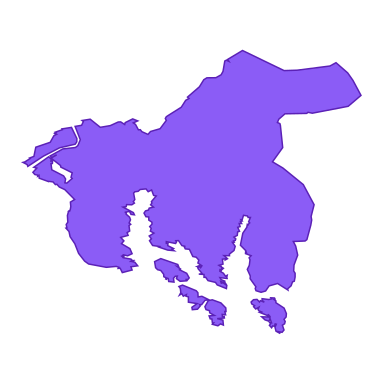 outline of Porsgrunn nor, Telemark, Norway
{"feature_id": "86288312B50854696471252", "entity_name": "Porsgrunn nor", "entity_type": "district", "adm_level": 2, "iso_a3": "NOR", "parent_name": "Norway", "parent_adm1": "Telemark", "projection": "equal_earth", "projection_center": [9.72, 59.108], "detail": "fine", "context": "isolated", "style": "filled", "palette": "violet", "viewbox_px": 384, "rotation_deg": 0, "n_neighbors": 0, "source": "geoboundaries", "source_scale": "gbopen_adm2", "svg_char_len": 6030}
<svg xmlns="http://www.w3.org/2000/svg" viewBox="0 0 384 384"><path d="M277.6,283.5L287.9,290.0L287.6,288.9L291.1,285.8L292.5,281.9L294.3,281.2L295.1,277.0L295.1,273.2L293.7,271.0L294.0,265.1L297.7,255.1L295.7,246.1L293.3,241.5L305.1,241.0L306.9,239.6L310.8,225.1L311.7,220.0L311.1,216.5L314.1,204.7L303.3,184.6L282.9,168.0L272.5,161.8L282.7,147.6L280.4,125.4L279.9,123.6L277.4,122.5L278.8,119.2L285.0,113.8L306.7,113.4L308.0,112.3L312.3,113.2L348.2,106.3L361.0,95.4L352.9,80.3L347.7,72.9L336.0,62.7L329.9,66.0L297.1,70.2L284.1,70.6L242.5,50.5L227.6,59.4L228.9,61.4L226.3,60.2L224.8,61.0L223.0,71.4L221.1,74.8L215.9,77.7L206.9,77.8L203.8,79.7L199.4,86.8L187.5,97.1L189.0,98.5L185.7,100.3L181.3,107.2L166.4,116.6L165.3,118.5L166.3,120.4L160.1,128.7L150.5,131.5L148.0,134.4L141.9,131.7L140.3,129.7L138.4,129.8L135.5,124.4L133.3,122.9L137.7,120.9L132.7,118.9L125.2,122.6L124.7,124.5L120.7,121.9L118.2,122.0L110.3,125.6L100.3,127.3L90.2,119.2L82.1,120.5L83.4,121.5L81.6,125.3L75.1,126.4L80.3,139.7L77.8,145.7L75.4,147.5L62.9,148.9L50.2,155.9L51.8,157.5L55.7,155.2L56.7,154.9L51.0,158.1L60.5,165.5L60.8,167.1L72.2,172.8L71.0,177.3L72.2,178.5L66.8,183.1L64.9,182.8L65.6,179.0L63.6,175.9L51.8,169.8L51.0,163.6L52.4,163.5L52.6,160.8L51.0,161.1L51.2,159.0L48.6,156.8L33.8,167.3L36.8,168.1L32.9,172.3L34.8,174.5L37.9,175.2L37.7,176.2L39.0,175.4L39.2,178.2L49.1,181.8L48.3,181.3L53.0,181.9L55.4,184.6L56.9,184.3L59.3,187.0L64.8,189.6L74.6,199.5L70.4,202.1L70.8,206.6L70.2,210.0L69.0,210.9L70.3,211.1L68.6,211.2L67.4,215.5L67.8,222.2L66.2,224.5L66.9,227.8L65.9,228.1L69.0,231.5L70.1,236.7L74.8,243.7L78.6,253.4L84.6,261.1L88.6,264.0L106.3,267.3L116.3,266.4L118.9,267.3L118.2,268.4L120.2,268.3L122.3,272.6L132.1,270.0L130.9,266.8L137.7,265.8L134.8,262.2L132.2,261.6L132.9,261.1L131.8,261.2L132.5,260.7L131.5,260.8L132.2,260.3L131.0,259.1L123.1,257.7L122.1,256.4L124.6,256.6L122.0,256.1L123.3,254.8L127.6,255.8L132.1,253.7L129.9,248.6L121.5,243.7L123.9,240.9L120.7,237.4L128.1,235.4L127.1,232.6L129.7,231.0L129.0,225.6L130.7,224.3L129.1,223.0L130.5,219.8L129.6,217.2L126.1,214.1L126.3,212.5L124.7,212.3L129.5,211.4L131.0,214.4L134.4,214.8L133.4,212.6L123.0,207.1L126.2,206.6L126.6,204.6L131.8,204.8L134.4,203.1L133.3,201.6L134.8,199.6L133.6,193.1L134.8,191.8L138.2,191.3L140.1,189.5L146.0,188.9L148.2,191.7L151.6,190.0L153.6,195.4L156.2,196.0L151.4,201.6L151.9,203.1L150.6,204.8L153.5,207.1L149.2,208.1L148.5,210.0L145.5,210.9L144.0,213.1L145.9,216.7L148.7,217.0L148.8,220.1L151.9,222.2L152.0,224.1L149.7,226.6L151.2,228.4L150.3,231.1L153.9,233.1L149.2,236.0L151.4,238.8L149.5,240.7L152.6,245.5L159.6,246.5L158.8,247.1L167.7,250.1L174.1,250.7L172.0,249.2L173.5,248.5L167.7,245.6L168.0,243.4L166.3,243.4L166.3,241.6L175.6,243.5L176.5,242.0L175.8,240.7L178.5,240.6L181.9,245.6L185.4,246.4L184.2,246.7L185.3,248.9L189.4,249.3L192.8,256.5L196.2,257.2L198.8,260.1L197.9,263.0L201.9,265.8L200.7,267.6L199.6,265.5L197.2,266.5L199.3,267.0L197.8,267.6L198.1,268.7L202.3,273.7L198.8,274.1L204.0,274.5L204.0,277.3L205.7,277.3L208.0,280.6L215.5,282.4L217.2,284.9L226.4,288.6L226.8,285.4L223.0,282.8L221.3,283.2L220.7,281.4L225.4,283.2L224.2,281.4L225.4,281.4L221.1,279.6L219.9,277.6L227.8,278.6L226.6,278.2L227.2,275.3L225.5,276.2L223.4,273.2L219.8,271.2L220.0,269.7L221.3,270.3L221.7,267.7L222.3,269.3L223.4,268.3L218.9,265.3L223.0,264.1L222.4,259.2L225.5,258.8L225.3,259.9L227.5,258.7L224.0,255.6L229.5,255.7L229.4,254.1L234.0,250.5L235.2,246.3L232.4,242.3L234.2,242.2L233.5,240.9L235.3,240.4L235.8,238.9L233.9,237.1L237.3,235.4L237.6,231.9L239.5,231.3L237.7,227.3L240.1,226.6L239.2,223.5L241.6,223.5L240.4,221.4L242.2,221.0L241.0,219.6L242.2,219.6L243.5,215.3L247.5,216.0L248.1,217.5L250.4,217.5L248.6,221.8L249.7,222.9L248.0,224.5L248.4,225.5L247.3,224.5L246.8,227.3L242.8,233.2L240.4,245.2L245.8,250.7L246.4,252.6L245.6,252.1L245.5,253.6L251.1,255.7L249.1,257.8L250.0,259.8L249.3,265.3L247.3,269.4L250.3,276.0L250.1,278.7L255.9,286.8L255.2,288.5L256.0,290.7L261.1,292.3L265.6,291.0L269.1,285.9L277.6,283.5ZM27.8,166.4L43.5,156.1L59.6,147.8L75.2,144.2L76.8,141.8L76.9,138.6L71.5,127.4L61.9,128.9L62.3,129.7L55.2,132.2L56.0,132.7L54.7,133.5L56.6,134.3L53.9,135.7L50.2,142.3L35.8,147.2L33.9,156.4L29.6,158.0L30.2,158.5L25.6,161.4L26.4,161.5L23.0,162.4L27.2,164.6L27.8,166.4ZM274.5,298.0L270.9,297.8L271.6,298.9L268.7,299.5L262.1,298.7L262.1,300.3L264.3,302.2L260.4,300.7L259.5,302.0L257.0,299.4L253.5,299.7L251.1,302.0L251.7,303.9L254.6,305.7L253.6,306.7L255.7,309.0L258.9,307.2L258.0,309.2L258.7,310.7L261.4,311.9L259.7,312.4L267.1,315.4L268.4,314.7L270.1,316.6L269.9,318.1L267.3,315.6L268.5,317.0L261.7,316.8L265.0,319.9L268.9,321.2L270.1,318.8L271.5,322.7L269.5,322.3L270.6,323.8L269.4,325.3L271.6,327.8L272.7,325.9L274.3,326.3L275.2,323.9L276.3,324.2L275.0,327.2L276.0,331.2L280.2,333.5L278.8,331.7L282.1,332.3L284.0,330.0L282.4,325.2L284.6,323.8L285.2,321.5L284.0,319.3L286.1,317.0L286.4,313.6L284.1,308.1L275.9,302.7L275.9,300.9L274.0,299.5L275.0,299.0L274.5,298.0ZM160.8,258.6L154.6,261.6L155.6,267.7L157.6,269.7L160.8,270.5L163.7,274.3L163.8,276.7L166.1,277.8L165.7,279.0L167.1,279.5L165.9,278.8L166.3,277.9L168.2,278.5L168.7,281.5L174.0,282.1L173.5,278.2L175.2,276.3L177.3,276.1L176.4,278.6L180.1,281.3L186.8,280.8L187.6,279.8L185.4,279.4L188.0,279.4L189.2,277.9L186.7,273.3L179.6,269.8L180.5,269.0L176.9,266.3L178.6,266.5L177.8,264.5L160.8,258.6ZM226.0,311.5L225.8,307.9L220.9,302.9L212.3,299.8L208.3,300.6L204.9,306.7L206.0,309.6L209.5,310.7L209.7,312.8L214.3,315.4L209.1,315.9L210.2,318.9L211.9,319.0L212.4,322.9L213.6,322.9L212.4,324.3L217.9,325.8L220.5,323.9L223.4,325.1L222.9,320.1L217.2,318.6L224.4,318.0L224.2,316.5L222.4,316.5L222.2,314.4L225.6,314.8L224.8,311.5L226.0,311.5ZM182.5,285.1L178.9,286.5L180.3,288.4L180.8,292.6L179.5,295.1L181.8,293.7L183.3,296.2L186.4,294.6L186.0,296.2L188.4,296.9L188.4,302.2L197.1,303.6L191.9,307.3L192.3,309.7L197.5,309.2L200.2,306.0L199.6,304.6L201.6,304.7L205.0,300.3L209.0,299.8L201.9,296.3L198.1,296.9L197.9,292.7L196.2,290.7L182.5,285.1Z" fill="#8b5cf6" stroke="#5b21b6" stroke-width="1.5"/></svg>